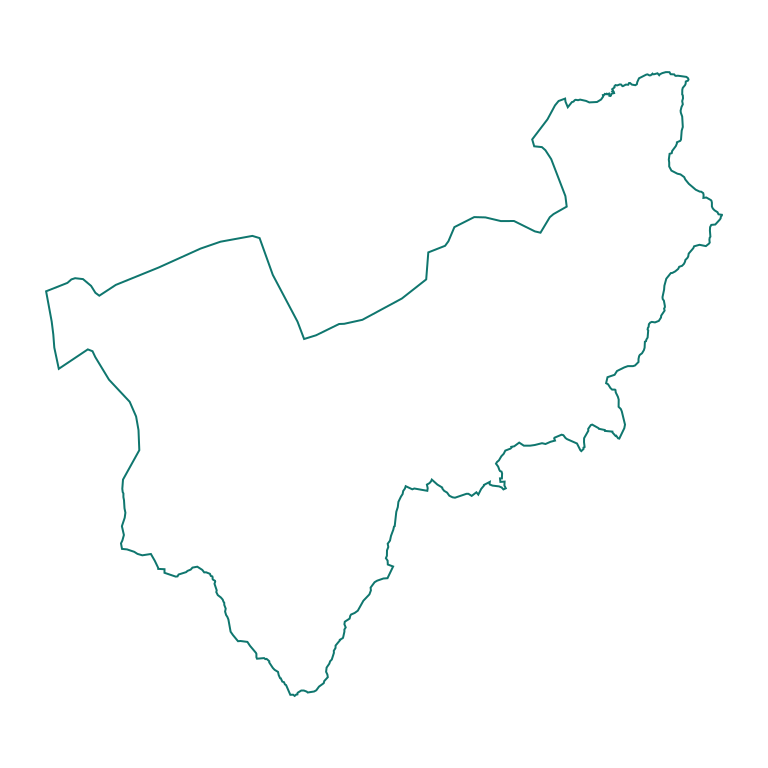 Buciumeni, Dâmbovita, Romania (Mercator projection)
{"feature_id": "2599482B58085044870447", "entity_name": "Buciumeni", "entity_type": "district", "adm_level": 2, "iso_a3": "ROU", "parent_name": "Romania", "parent_adm1": "Dâmbovita", "projection": "mercator", "projection_center": [25.46, 45.165], "detail": "fine", "context": "isolated", "style": "outline", "palette": "teal", "viewbox_px": 768, "rotation_deg": 0, "n_neighbors": 0, "source": "geoboundaries", "source_scale": "gbopen_adm2", "svg_char_len": 6032}
<svg xmlns="http://www.w3.org/2000/svg" viewBox="0 0 768 768"><path d="M297.4,694.4L297.4,693.3L297.9,692.6L301.3,690.5L303.8,690.5L306.7,691.6L307.7,692.5L314.1,691.5L316.3,690.3L319.0,686.6L323.7,683.2L324.3,681.0L327.8,677.2L327.4,674.6L326.1,671.8L326.6,667.6L329.3,663.7L330.1,661.3L331.8,659.5L333.9,652.9L333.8,650.8L335.5,648.0L335.6,645.5L340.2,640.0L340.0,639.7L342.8,638.1L343.2,637.1L344.4,631.7L344.4,629.5L345.7,627.4L344.4,624.2L344.8,621.7L349.6,618.6L350.3,615.7L351.1,614.5L354.6,613.0L357.8,610.7L363.4,600.7L369.4,594.4L370.9,590.4L370.6,587.6L374.6,582.2L377.1,580.7L383.4,578.5L387.5,578.2L393.1,566.5L387.8,564.5L387.6,560.6L385.9,558.2L386.9,555.8L387.0,550.4L388.3,547.0L387.7,543.7L390.0,540.6L391.0,535.9L393.3,529.7L394.0,526.6L394.7,526.2L396.3,511.8L397.8,507.1L398.4,501.9L401.0,496.5L402.6,494.1L403.2,491.0L404.9,488.6L405.7,486.2L412.3,489.3L414.3,488.5L427.3,490.8L427.7,488.2L426.9,484.6L429.4,483.2L431.0,481.4L431.8,479.6L437.4,484.6L442.2,487.5L442.3,488.5L444.1,490.8L447.1,492.6L449.3,495.7L452.5,497.3L455.0,497.7L466.5,493.8L468.4,493.8L471.7,495.9L476.4,492.3L478.3,494.6L481.2,488.9L484.1,485.4L484.0,484.9L489.8,481.9L489.5,483.8L489.8,484.5L492.5,485.6L499.1,486.4L501.7,487.5L503.4,489.4L505.8,488.3L504.4,485.5L504.6,481.6L500.4,481.9L500.0,478.4L501.9,478.4L502.1,473.4L501.5,471.6L500.1,471.1L499.4,470.0L498.1,466.5L496.0,463.7L497.0,462.0L498.9,460.4L501.3,456.3L503.7,453.8L505.3,450.6L510.5,448.6L511.8,447.3L511.5,446.8L514.2,446.3L519.2,442.6L523.9,445.7L529.9,445.7L534.8,445.0L542.0,443.2L545.5,444.0L550.5,441.8L555.0,440.6L554.2,438.4L554.5,437.7L561.6,434.7L563.4,435.2L565.5,438.0L567.0,439.1L577.0,443.5L580.3,450.1L581.3,451.1L583.5,449.0L583.5,447.6L584.6,447.0L584.0,442.1L584.1,438.2L588.3,430.8L588.2,428.9L590.8,425.1L592.2,424.6L598.6,428.2L598.9,428.8L604.8,430.0L604.9,430.9L612.4,431.6L612.4,432.4L615.6,436.0L616.2,435.7L618.1,438.3L619.3,438.6L624.3,428.2L625.0,424.6L621.8,411.4L620.8,409.0L618.6,406.8L618.7,399.6L617.9,396.8L615.7,392.3L615.5,390.1L614.9,389.6L612.1,389.6L610.5,388.1L608.1,384.3L606.1,383.2L607.5,377.2L614.6,374.8L617.0,371.0L624.3,367.4L627.9,366.1L633.1,366.1L635.0,365.5L638.5,362.0L638.5,359.0L639.1,356.2L639.8,354.9L642.0,353.3L643.9,350.1L644.6,347.7L644.9,341.7L646.0,341.2L646.4,339.5L647.6,337.6L648.2,330.4L647.6,329.6L647.9,327.9L648.6,326.9L648.9,324.2L650.2,322.6L651.8,321.9L655.0,322.4L658.8,320.9L661.0,317.5L661.2,315.6L664.6,310.6L664.1,308.6L664.8,307.4L664.9,306.2L663.9,300.7L662.7,299.0L662.5,297.1L664.1,289.6L664.4,285.7L666.3,278.7L670.8,273.1L672.4,272.9L675.2,271.4L678.2,268.9L679.2,266.8L682.1,265.8L684.0,263.8L685.1,261.5L685.3,260.1L687.5,257.8L688.2,256.5L688.7,253.6L693.3,248.2L694.1,246.3L699.5,244.8L705.9,246.1L708.9,243.7L709.7,242.6L709.4,239.8L709.7,237.7L710.4,236.7L709.9,230.6L710.1,227.1L711.3,224.9L715.3,224.5L719.7,219.7L720.6,218.4L720.8,216.9L721.9,215.3L721.9,214.8L718.5,214.3L717.5,212.2L714.5,210.3L712.8,208.5L711.9,206.5L711.9,202.7L711.5,200.9L710.9,200.1L706.3,197.5L703.4,197.9L703.6,194.9L703.2,193.1L701.2,191.7L699.7,191.6L695.7,189.7L688.8,183.8L685.3,179.5L684.2,177.1L680.5,174.4L677.4,173.7L671.4,170.6L669.2,166.5L669.2,162.5L668.8,159.6L669.6,153.8L671.7,153.2L672.2,150.9L675.8,146.1L676.9,143.5L676.9,142.3L680.3,140.8L681.0,139.5L681.7,130.6L682.8,127.0L682.2,116.6L680.8,112.6L680.6,110.7L681.5,107.0L682.8,104.3L682.2,101.1L683.0,98.3L682.8,95.3L682.2,94.5L682.3,89.7L682.8,87.8L685.0,85.2L685.6,83.8L685.8,81.5L688.0,80.6L688.5,79.6L688.1,78.3L686.4,76.9L677.9,75.7L675.9,75.9L675.1,75.6L674.2,74.4L670.6,74.2L669.5,72.2L665.9,72.1L662.3,73.1L660.0,74.2L659.2,75.2L657.5,73.3L654.3,74.2L652.9,74.3L652.5,73.7L650.7,75.3L649.4,75.4L647.6,74.4L646.3,74.6L639.0,78.3L637.3,82.0L636.8,84.3L635.3,85.2L631.9,84.6L630.0,83.0L629.0,83.1L628.3,84.7L625.8,84.6L623.0,86.1L622.4,86.1L621.2,84.6L619.9,84.4L617.2,85.4L615.5,85.1L614.4,86.3L614.5,87.4L612.2,89.2L612.9,90.3L612.3,91.3L613.7,91.7L614.1,93.1L611.4,93.7L610.9,95.6L610.4,96.0L609.3,95.8L609.0,93.6L607.2,94.3L606.7,93.7L605.7,94.2L604.8,93.9L604.2,94.9L602.9,95.1L603.2,96.5L601.1,99.5L597.0,102.0L589.3,102.4L586.0,100.9L580.1,99.6L578.1,100.2L575.7,99.8L574.7,100.2L573.5,101.6L571.9,102.1L567.8,107.2L565.5,101.7L565.1,98.6L558.6,101.0L555.0,105.4L547.5,119.3L532.2,139.4L534.2,146.3L541.9,147.1L545.4,150.2L551.2,159.1L565.4,196.1L566.7,206.6L553.5,214.1L549.8,217.2L540.5,232.7L534.9,231.4L514.0,221.0L501.0,221.1L485.4,217.4L474.2,217.1L454.4,227.1L448.4,241.3L445.1,245.8L428.3,252.4L426.2,279.4L401.9,298.5L362.4,319.8L344.2,323.8L339.1,324.0L316.0,335.3L304.1,339.0L297.5,321.6L272.8,274.9L259.6,238.1L252.4,235.9L220.5,241.7L200.5,248.6L158.7,267.5L115.8,284.9L99.3,295.7L95.4,292.8L91.1,285.9L83.0,279.1L75.1,278.2L71.4,279.4L67.4,282.9L46.1,291.3L51.7,321.6L53.3,334.5L54.3,347.6L58.8,368.8L87.8,349.4L92.5,351.2L95.3,357.1L109.0,379.7L129.7,401.8L136.1,416.5L138.5,430.1L139.3,450.2L123.0,479.6L122.3,488.8L122.7,492.1L123.4,493.4L123.4,497.1L124.0,500.2L124.5,508.3L125.4,512.7L124.7,517.8L121.9,526.2L123.9,535.0L122.4,540.4L121.0,543.4L122.0,548.9L127.0,549.4L134.2,551.8L137.5,553.9L142.3,555.3L150.9,554.0L154.9,561.0L158.1,567.7L158.2,568.9L164.5,569.2L164.5,572.8L175.7,576.6L177.5,576.4L178.6,574.5L186.2,572.1L187.5,570.9L190.7,569.6L192.5,567.6L197.3,566.7L202.3,569.9L204.2,572.4L206.1,572.3L209.9,573.8L210.8,575.9L212.3,576.4L212.6,577.2L212.6,579.0L213.1,579.7L215.0,580.8L215.2,581.6L214.5,583.8L216.7,590.3L216.3,592.1L217.8,595.1L220.9,597.5L222.7,599.6L223.5,601.8L224.2,602.6L224.3,605.0L225.7,608.6L225.1,611.6L226.1,615.0L227.4,617.0L228.4,619.5L230.6,631.7L232.9,635.0L238.0,641.2L240.5,641.0L247.4,641.9L250.0,645.8L255.9,652.8L256.4,653.9L256.4,657.2L257.0,658.7L264.1,658.1L265.3,659.1L266.6,658.9L268.1,660.2L269.3,661.3L269.2,662.4L272.8,667.9L274.6,669.8L278.0,671.9L278.7,675.1L280.1,678.2L280.8,678.3L282.3,681.6L284.0,682.2L284.9,684.4L286.1,685.1L290.3,694.8L293.1,694.7L294.6,695.9L296.0,694.7L297.4,694.4Z" fill="none" stroke="#0f766e" stroke-width="2"/></svg>